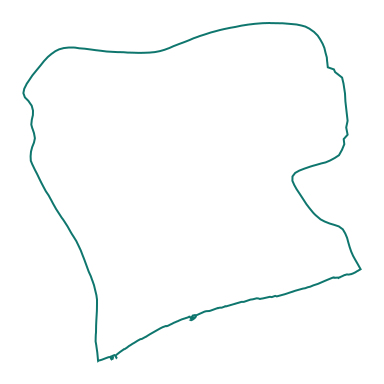 Ash Shihr, Hadramawt, Yemen
{"feature_id": "15242507B43236633783940", "entity_name": "Ash Shihr", "entity_type": "district", "adm_level": 2, "iso_a3": "YEM", "parent_name": "Yemen", "parent_adm1": "Hadramawt", "projection": "albers", "projection_center": [49.612, 14.934], "detail": "fine", "context": "isolated", "style": "outline", "palette": "teal", "viewbox_px": 384, "rotation_deg": 0, "n_neighbors": 0, "source": "geoboundaries", "source_scale": "gbopen_adm2", "svg_char_len": 5334}
<svg xmlns="http://www.w3.org/2000/svg" viewBox="0 0 384 384"><path d="M302.5,25.8L300.9,25.4L296.6,24.5L292.3,24.1L289.9,23.9L287.6,23.7L282.9,23.3L270.6,23.1L269.7,23.0L262.6,23.2L255.0,23.8L248.2,24.6L241.7,25.6L240.7,25.8L235.6,26.9L230.3,27.8L224.0,29.1L219.7,30.1L215.3,31.3L211.1,32.4L205.0,34.4L199.6,36.1L197.8,36.8L193.5,38.3L189.4,40.1L184.3,42.1L179.1,44.0L173.4,46.2L171.2,47.2L169.4,48.0L164.5,49.8L160.0,51.1L154.8,52.1L149.3,52.6L143.7,52.8L139.4,52.9L133.3,52.7L129.3,52.6L128.0,52.6L123.2,52.2L117.3,52.1L111.7,51.8L106.6,51.5L101.2,50.8L95.9,50.2L90.8,49.5L84.7,48.7L79.3,48.3L75.0,47.6L72.5,47.5L69.0,47.5L63.6,48.1L62.2,48.5L59.2,49.3L55.3,51.2L52.4,53.3L51.6,53.8L47.8,57.0L43.9,61.2L40.5,65.5L36.7,70.1L32.3,75.5L29.3,80.0L26.7,83.8L25.9,85.5L24.3,88.6L23.5,92.4L23.4,93.2L24.9,97.4L25.2,97.7L28.4,100.9L30.1,103.4L31.7,105.7L33.0,110.6L32.9,115.1L31.8,119.8L31.5,122.7L31.3,124.6L32.2,128.0L32.6,129.0L34.0,133.2L34.1,133.8L34.9,138.2L34.0,142.5L32.9,145.3L32.2,147.0L31.0,151.6L30.6,156.3L30.8,160.8L32.3,164.4L32.5,164.8L32.7,165.2L34.9,169.8L37.2,174.2L39.1,178.2L41.2,182.5L43.4,186.7L44.2,188.2L45.8,191.2L48.7,195.5L50.7,199.2L51.1,199.9L53.2,203.9L56.2,209.2L59.0,213.5L61.7,217.7L63.0,219.4L64.4,221.5L67.6,226.5L70.9,232.4L72.1,234.4L73.6,236.7L76.5,241.4L76.9,242.3L78.5,245.6L80.8,250.5L82.4,254.7L84.4,259.8L84.6,260.4L86.7,266.1L88.7,271.6L90.8,276.2L92.2,280.2L92.4,280.6L94.0,285.2L95.0,289.4L96.4,295.2L97.0,299.6L97.0,304.0L96.9,310.8L96.7,314.2L96.3,321.2L96.1,325.8L96.1,326.5L96.0,332.5L95.8,334.5L95.7,337.0L95.6,341.4L96.3,345.4L96.4,346.3L97.3,352.6L98.0,360.2L98.0,360.5L98.1,361.0L98.6,360.6L99.1,360.4L99.9,360.3L100.6,360.1L101.9,359.7L106.3,358.0L108.5,357.2L109.1,357.1L109.6,357.1L110.3,357.0L110.6,357.0L110.9,358.3L111.3,358.9L111.3,359.1L111.5,359.3L111.6,359.2L111.8,359.1L113.3,358.6L111.6,359.1L111.5,358.8L111.0,358.2L110.8,357.4L110.6,356.7L111.0,356.5L111.5,356.4L112.3,356.1L112.7,357.0L112.8,357.5L112.8,357.9L113.0,357.8L112.9,357.3L112.8,357.1L112.5,356.1L112.5,355.9L114.4,355.1L115.1,355.6L115.4,355.9L116.4,357.8L116.5,357.7L115.4,355.6L115.7,355.4L119.6,352.3L124.0,349.2L124.4,349.3L124.8,349.4L124.6,349.3L124.5,349.2L126.7,347.8L129.0,346.0L130.4,345.2L132.5,343.8L134.3,342.8L137.6,340.7L140.5,339.1L141.0,339.1L141.7,339.0L145.9,336.7L146.2,336.7L147.1,336.0L150.0,334.2L155.8,330.9L160.4,328.3L162.6,327.2L165.9,326.0L166.3,326.0L166.7,326.2L168.3,325.6L168.7,325.4L170.8,324.3L171.2,324.2L174.2,322.6L174.4,322.5L174.6,322.5L177.3,321.3L177.5,321.3L177.8,321.2L178.0,321.1L178.5,320.8L181.7,319.4L184.2,318.6L184.3,318.6L184.9,318.4L186.3,317.9L186.5,317.9L187.9,317.4L188.4,317.1L188.7,317.1L189.0,316.9L189.2,316.7L189.4,316.7L189.7,316.7L189.8,316.9L191.5,319.0L191.8,319.0L191.8,318.9L191.7,318.8L191.6,318.7L191.4,318.5L191.7,318.1L191.9,318.1L192.3,317.7L192.2,317.7L191.9,317.4L191.6,317.1L191.8,316.8L192.0,316.8L192.0,316.7L192.0,316.8L192.2,316.6L192.3,316.5L192.3,316.4L192.4,316.2L192.6,315.9L192.7,315.6L193.0,315.6L193.4,315.4L193.6,315.4L193.8,315.3L194.0,315.3L194.6,315.1L195.1,315.1L195.3,315.1L195.6,315.1L195.8,315.2L195.9,315.4L195.9,315.8L195.9,316.0L195.7,316.5L195.5,316.8L195.2,317.2L194.8,317.6L194.5,318.0L193.9,318.5L193.1,319.1L192.6,319.3L192.4,319.5L192.2,319.6L191.8,319.8L191.3,320.0L191.1,320.0L190.9,320.1L191.1,320.2L191.5,320.0L192.2,319.8L193.5,319.0L194.6,318.1L195.4,317.3L195.7,316.8L196.0,316.0L196.0,315.6L196.5,315.2L204.8,311.5L205.1,311.5L206.1,311.2L209.3,311.0L210.4,310.7L214.0,309.4L217.8,308.0L218.0,308.2L219.2,307.8L220.3,307.6L220.7,307.7L220.9,307.7L221.6,307.7L224.6,306.6L224.8,306.4L225.4,306.2L225.7,306.2L225.9,306.3L226.0,306.4L241.4,301.9L243.7,301.9L250.5,299.6L252.8,299.3L256.7,298.3L258.6,298.5L259.9,299.0L261.0,298.7L263.0,298.4L269.9,296.8L271.8,297.1L275.2,295.9L276.8,296.4L284.9,294.2L295.4,290.7L302.9,288.6L305.3,288.2L307.6,287.3L310.2,286.7L313.5,285.3L317.9,283.9L325.5,280.6L330.6,278.5L332.9,277.6L333.7,277.4L333.9,277.4L334.1,277.5L334.2,277.8L334.7,277.8L334.9,277.7L335.2,277.8L335.9,277.7L336.3,277.7L336.6,277.7L337.1,277.7L337.5,277.7L337.8,277.6L338.0,277.7L338.5,278.0L338.6,277.9L338.6,277.7L338.9,277.5L339.3,277.5L339.9,277.3L339.9,277.2L342.4,276.1L343.6,275.5L344.7,275.0L345.1,275.0L345.9,274.7L346.6,274.5L347.1,274.4L347.6,274.5L348.8,274.6L349.2,274.5L351.1,274.1L351.4,274.1L351.8,273.9L352.2,273.7L352.4,273.7L352.7,273.6L352.9,273.5L355.4,272.3L356.9,271.3L357.6,271.0L359.0,270.1L359.5,269.9L360.6,269.2L359.7,267.6L357.4,263.5L355.2,259.7L354.1,257.7L353.1,255.9L351.2,251.6L349.6,246.9L348.3,242.4L347.1,237.9L345.2,233.4L342.8,229.3L338.8,226.4L334.3,224.9L329.6,223.5L325.1,221.7L324.6,221.5L320.6,219.4L316.7,216.1L316.2,215.7L314.6,214.2L313.0,212.5L309.5,208.2L306.5,204.3L304.1,200.6L301.5,196.6L299.0,192.8L296.6,189.2L294.3,185.1L292.4,180.8L292.5,176.4L295.2,172.9L299.3,170.6L304.2,168.7L310.3,166.6L312.9,165.8L316.2,164.9L321.4,163.4L325.6,162.4L330.1,160.5L334.9,157.9L339.0,155.2L342.0,149.8L344.3,144.2L343.7,139.1L347.6,134.7L346.2,127.5L347.6,120.8L345.4,101.4L345.0,93.5L343.5,83.6L342.1,77.6L335.1,72.1L333.9,69.4L327.8,67.3L327.2,61.8L327.0,60.1L326.8,57.4L325.5,52.7L324.4,48.0L322.6,43.7L320.2,39.4L317.7,35.6L313.9,31.8L313.1,31.3L309.3,28.6L307.3,27.6L305.4,26.6L302.5,25.8Z" fill="none" stroke="#0f766e" stroke-width="2"/></svg>